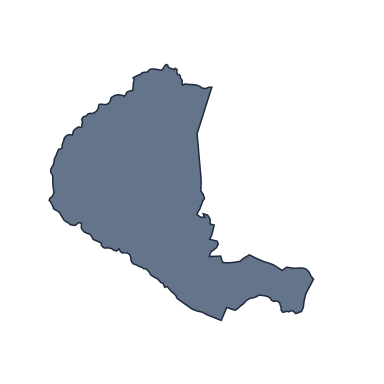 the district of Kinta, Perak, Malaysia, rotated 287°
{"feature_id": "92858781B39286105969870", "entity_name": "Kinta", "entity_type": "district", "adm_level": 2, "iso_a3": "MYS", "parent_name": "Malaysia", "parent_adm1": "Perak", "projection": "mercator", "projection_center": [101.136, 4.516], "detail": "fine", "context": "isolated", "style": "filled", "palette": "slate", "viewbox_px": 384, "rotation_deg": 287, "n_neighbors": 0, "source": "geoboundaries", "source_scale": "gbopen_adm2", "svg_char_len": 3574}
<svg xmlns="http://www.w3.org/2000/svg" viewBox="0 0 384 384"><g transform="rotate(287 192 192)"><path d="M104.4,168.4L105.2,169.9L103.8,173.0L102.9,174.4L101.9,175.6L100.6,176.8L100.1,178.6L99.5,180.7L99.1,183.2L98.6,185.0L97.5,186.9L96.6,188.0L96.2,189.9L96.2,191.1L92.9,193.8L94.3,196.0L92.0,199.5L90.8,201.5L89.9,203.5L89.0,205.5L88.0,207.1L86.4,208.2L85.7,209.3L80.0,226.5L79.7,232.3L80.1,237.0L78.9,242.7L77.7,257.5L91.7,259.0L91.5,267.8L94.1,270.0L97.0,271.6L99.4,273.4L101.7,274.7L103.9,275.5L105.3,276.9L107.3,278.5L108.6,281.2L110.2,283.8L112.0,285.2L113.2,287.1L114.1,292.3L114.1,295.6L113.4,297.8L111.8,299.5L111.2,302.1L112.4,304.1L112.6,306.0L111.6,308.2L110.0,309.2L107.3,311.2L105.1,311.7L103.5,314.1L104.7,316.1L105.7,317.7L105.7,319.6L107.5,321.6L107.6,323.6L106.9,325.1L106.1,326.5L107.1,328.5L108.8,330.1L109.6,331.6L114.1,332.2L121.0,331.0L127.9,330.6L144.2,333.7L144.3,333.5L146.5,330.2L149.6,327.5L151.7,323.5L151.7,320.4L150.5,316.1L149.0,312.4L148.3,308.1L147.7,304.4L143.4,301.3L146.2,290.9L146.5,284.7L146.5,280.4L147.1,275.8L147.1,274.5L148.0,269.0L148.7,265.3L143.4,260.4L139.7,258.2L137.3,253.3L135.1,248.1L133.6,242.6L135.1,240.7L139.1,238.2L135.4,227.5L140.3,227.5L142.8,229.6L145.6,231.5L149.6,232.4L152.3,230.6L152.0,222.6L156.7,223.5L166.8,222.9L166.8,218.6L171.4,217.3L174.5,213.6L174.5,209.0L171.4,211.5L170.5,207.5L171.7,203.5L174.8,203.5L177.9,204.4L182.2,204.7L186.8,205.0L189.3,205.9L193.0,203.5L195.7,200.1L204.0,197.9L208.3,196.4L249.3,179.8L298.0,180.3L297.7,179.7L297.2,177.8L296.4,176.4L295.4,175.8L294.9,174.3L294.6,172.8L294.3,171.4L294.8,170.1L295.3,168.9L295.6,164.6L295.2,162.9L294.9,162.1L294.9,160.6L294.0,158.2L293.7,155.9L293.2,153.6L292.4,152.9L291.5,151.7L292.5,151.1L294.0,150.7L295.1,150.1L295.8,150.0L296.6,149.2L297.4,147.8L299.6,146.8L300.6,145.1L300.2,144.4L300.2,143.5L301.4,142.8L302.6,142.3L304.0,142.0L304.8,141.9L305.3,139.5L303.8,138.9L304.0,135.3L304.3,133.0L306.3,131.6L306.3,129.8L303.4,128.6L300.4,128.0L299.4,126.5L299.0,122.5L298.2,118.4L297.3,116.4L295.7,115.0L293.7,114.3L292.7,111.9L291.6,109.5L290.0,108.9L288.0,106.4L284.1,102.3L282.5,104.0L279.4,104.0L271.6,105.7L271.0,103.7L269.0,101.1L267.8,100.3L265.9,100.2L263.6,99.4L264.1,98.3L263.9,95.2L263.3,92.6L261.9,90.2L260.8,88.9L259.6,88.1L258.8,87.1L257.0,87.1L254.9,87.2L252.7,86.5L251.1,85.2L250.1,83.1L249.6,80.2L248.9,77.9L247.4,77.3L245.4,77.9L242.9,77.6L240.6,76.6L239.7,75.6L238.0,74.0L237.7,72.3L236.6,70.0L235.2,69.2L233.8,68.8L233.1,67.2L231.4,65.7L229.0,65.3L227.6,66.5L226.0,66.9L224.6,66.8L222.2,67.6L221.1,66.4L221.2,64.8L220.1,63.5L218.8,62.5L217.4,61.5L216.0,60.8L214.9,60.8L211.6,60.9L210.8,57.4L209.1,55.4L206.5,54.2L202.9,54.2L199.2,54.0L197.2,54.6L195.3,54.6L193.9,52.0L191.3,51.6L186.8,51.3L183.3,50.7L180.3,51.3L178.3,51.5L172.8,50.3L169.9,50.9L166.9,54.0L164.9,54.6L163.2,55.2L161.2,55.8L158.3,56.8L156.1,57.8L153.7,58.9L151.4,60.1L147.4,59.9L144.5,57.9L142.3,57.8L141.3,59.5L139.7,61.1L138.6,62.3L135.4,64.6L134.8,67.0L134.6,69.0L133.6,71.3L131.9,73.1L129.7,75.5L127.7,77.8L126.7,80.4L126.4,82.6L125.2,85.1L125.4,87.5L125.8,90.0L127.7,91.4L129.5,92.4L129.7,95.4L127.9,96.0L125.4,96.5L123.6,98.3L122.2,100.9L121.8,104.2L121.8,106.6L120.3,108.9L117.7,111.3L117.5,113.7L116.7,120.0L114.5,121.0L113.4,122.5L112.8,124.5L113.4,126.5L114.1,128.4L114.3,131.4L113.4,134.7L113.6,137.3L116.3,138.7L115.3,139.7L114.5,140.6L113.2,142.8L114.3,145.4L114.7,148.1L114.0,150.5L112.0,152.3L109.8,153.2L107.5,154.6L106.1,156.8L106.1,159.4L105.3,163.5L105.3,166.6L104.4,168.4Z" fill="#64748b" stroke="#1e293b" stroke-width="1.5"/></g></svg>